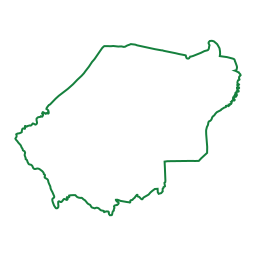 the district of Tanjung Jabung Barat, Jambi, Indonesia
{"feature_id": "22746128B97653119007289", "entity_name": "Tanjung Jabung Barat", "entity_type": "district", "adm_level": 2, "iso_a3": "IDN", "parent_name": "Indonesia", "parent_adm1": "Jambi", "projection": "orthographic", "projection_center": [103.17, -1.093], "detail": "fine", "context": "isolated", "style": "outline", "palette": "green", "viewbox_px": 256, "rotation_deg": 0, "n_neighbors": 0, "source": "geoboundaries", "source_scale": "gbopen_adm2", "svg_char_len": 5734}
<svg xmlns="http://www.w3.org/2000/svg" viewBox="0 0 256 256"><path d="M150.5,192.4L152.4,190.8L153.9,189.7L154.5,189.2L154.8,189.0L157.6,188.8L157.8,192.3L158.7,193.8L161.2,193.1L162.7,191.4L162.6,190.3L162.7,188.7L163.4,188.0L163.5,187.2L164.7,186.5L165.0,186.2L164.5,183.6L164.5,182.7L165.2,182.2L165.4,180.9L164.9,167.9L164.6,161.6L167.5,161.2L192.5,160.9L194.6,161.0L198.8,160.9L201.2,158.3L207.1,152.9L207.2,146.9L206.2,134.3L206.1,130.9L206.2,129.9L206.9,127.0L207.5,125.9L208.0,124.8L208.4,122.3L208.9,121.5L209.3,121.2L210.1,120.9L210.8,120.3L211.2,119.8L211.7,118.9L212.1,117.6L212.7,116.6L214.3,115.3L215.4,113.7L216.8,112.2L220.9,110.1L221.2,109.5L221.7,109.2L224.2,107.6L225.7,107.1L226.2,106.7L226.1,105.9L227.6,105.6L228.5,106.1L229.2,105.5L229.0,104.7L229.9,104.7L230.2,103.8L230.8,103.7L231.2,103.8L231.7,102.7L231.5,102.3L231.1,101.8L232.2,101.1L232.1,100.7L232.5,100.4L232.8,100.5L233.7,100.4L234.3,100.5L234.6,100.2L234.7,99.9L233.9,99.3L233.3,99.3L233.1,99.2L233.0,98.7L233.1,98.4L233.8,98.0L233.2,97.4L233.3,97.2L234.4,97.1L234.6,96.5L234.3,96.0L234.7,95.7L234.9,95.9L235.2,96.7L235.8,96.8L236.3,96.3L236.5,95.5L236.8,95.3L236.9,95.1L236.5,94.9L236.2,94.9L235.8,95.4L235.5,95.3L235.0,95.0L234.9,94.6L235.1,94.2L235.4,94.2L236.2,94.4L236.4,94.1L236.0,93.3L235.7,93.2L235.6,92.8L236.0,92.6L236.7,92.6L236.7,92.0L236.5,91.7L236.6,91.4L237.1,91.3L238.2,91.6L238.5,91.6L238.7,91.3L238.6,90.9L238.4,90.7L237.9,90.6L237.4,90.8L237.2,90.6L237.4,89.5L237.0,88.3L237.0,88.0L237.5,88.0L238.0,88.5L238.6,88.5L238.9,88.4L239.1,88.1L239.1,87.8L238.8,87.3L238.6,87.3L238.0,87.6L237.6,86.7L237.3,85.1L237.7,85.0L238.3,85.2L238.7,85.0L239.0,84.5L238.8,84.3L238.5,84.1L237.8,84.0L237.6,83.7L237.4,82.9L237.5,81.9L238.0,80.4L238.2,80.2L239.3,79.8L239.5,79.6L239.4,79.2L239.0,78.2L239.2,76.8L240.6,75.2L240.3,74.3L239.0,72.9L238.7,72.3L238.2,72.2L235.4,70.8L234.8,70.6L235.5,70.4L236.2,70.2L236.6,69.5L237.0,67.7L236.9,66.4L236.6,65.5L235.3,61.9L235.0,61.4L234.8,60.4L234.4,59.5L233.8,59.0L232.8,58.6L227.0,57.1L219.8,56.1L220.1,53.9L220.0,51.3L219.5,48.3L218.3,46.1L217.2,44.2L215.6,42.8L213.8,41.3L211.9,40.8L209.8,41.0L208.8,42.1L208.6,42.7L208.6,43.4L209.5,45.1L209.5,45.4L209.2,46.2L208.9,48.2L208.7,49.0L208.0,50.0L207.4,50.3L204.4,51.1L201.0,52.8L193.0,56.0L190.9,56.6L190.2,56.6L189.1,58.2L188.6,58.5L188.0,58.6L187.0,58.4L186.4,57.8L185.8,55.9L185.8,55.5L185.1,55.2L179.3,54.1L175.5,53.2L165.6,51.2L163.3,50.7L162.7,50.4L161.3,50.3L155.1,49.2L137.0,45.3L135.8,44.8L135.1,44.6L130.8,44.1L129.5,44.7L127.2,45.5L125.1,46.7L123.8,46.9L121.4,46.4L119.0,46.5L117.9,46.5L113.2,46.0L111.0,46.2L104.3,46.1L103.4,46.8L102.2,48.0L100.1,51.0L94.6,59.0L93.5,60.3L92.0,62.0L88.9,66.7L85.4,71.2L83.9,73.3L81.6,75.8L77.3,79.8L73.0,84.3L67.8,88.9L58.8,95.8L55.6,98.7L50.4,104.1L49.8,104.6L48.8,105.1L46.8,107.7L46.4,108.9L47.2,109.4L48.2,110.3L48.4,111.0L48.2,111.5L48.7,112.0L48.7,112.9L48.6,113.3L48.4,113.5L48.1,113.6L47.3,113.0L46.4,113.1L46.4,113.5L45.7,113.8L43.2,112.2L42.7,112.2L42.1,113.5L42.6,114.3L43.0,114.5L43.1,114.9L42.8,115.7L42.3,116.6L41.8,116.7L40.9,116.2L40.0,117.0L39.5,117.0L38.3,117.2L37.7,117.5L36.6,118.6L36.5,120.0L37.0,122.4L37.0,123.1L36.6,123.9L36.3,124.2L35.6,124.6L35.1,124.5L34.0,123.9L33.1,123.5L32.7,123.5L31.4,125.2L30.9,125.5L30.4,125.6L29.9,125.4L27.3,126.1L27.0,126.5L26.4,126.7L25.4,126.0L25.1,126.0L24.9,126.4L25.0,128.6L24.6,128.8L23.6,128.4L22.9,128.5L22.4,128.9L21.9,130.4L21.7,132.2L21.2,132.5L19.7,133.2L17.4,133.6L16.3,134.3L16.5,134.6L16.6,136.2L16.5,136.8L15.4,138.5L15.5,138.9L15.9,139.6L17.5,141.4L18.2,142.5L20.5,145.0L21.1,146.1L21.6,147.5L22.5,148.7L22.9,150.3L24.2,151.1L24.6,151.4L24.8,151.9L25.1,152.8L24.7,154.5L24.7,155.4L25.7,158.1L25.6,158.8L25.7,159.2L26.6,159.7L27.0,160.2L27.7,162.3L28.2,163.1L28.6,163.9L28.9,164.2L29.4,164.4L30.7,164.7L31.1,164.8L31.6,165.2L32.3,165.9L33.2,168.0L34.2,168.9L34.7,169.0L35.2,169.0L36.6,168.7L37.1,168.5L38.1,168.6L38.9,168.8L39.8,169.3L42.3,171.2L43.4,172.5L43.7,173.1L43.8,174.1L44.0,174.3L44.7,174.6L44.9,175.0L45.0,175.9L44.6,176.9L44.7,177.5L45.1,177.9L46.7,178.8L47.5,179.4L48.0,180.2L48.5,182.4L49.2,184.1L50.3,186.4L50.6,188.5L51.3,190.1L52.4,192.1L54.2,196.3L54.2,196.9L54.1,197.5L52.6,198.7L52.3,199.5L52.4,200.8L52.9,202.5L54.1,205.6L55.5,207.7L56.0,208.2L56.8,208.3L57.5,208.1L57.8,207.7L58.3,207.0L58.4,205.4L58.2,204.2L58.2,202.3L58.3,201.7L58.6,201.5L58.9,201.3L59.2,201.3L60.6,202.0L61.2,202.0L61.6,201.8L62.2,201.2L63.7,199.2L64.4,199.0L65.4,199.3L66.5,199.9L66.9,199.9L67.3,199.6L67.5,199.4L67.6,199.0L66.8,197.7L67.1,197.1L68.3,197.5L69.0,197.2L69.3,196.9L69.3,196.6L69.1,195.6L70.2,195.3L73.6,195.1L75.4,195.2L76.6,196.5L77.3,197.1L78.9,197.7L80.5,197.9L81.4,197.8L82.2,198.1L83.4,199.3L85.0,200.3L86.2,201.7L87.2,203.0L88.3,204.0L89.8,204.7L90.3,205.1L91.4,207.0L92.0,207.5L94.6,208.3L94.9,208.3L95.7,207.9L96.9,207.7L98.5,208.2L99.8,209.4L100.6,210.1L101.3,210.4L103.3,210.8L103.8,211.0L103.9,211.8L104.2,212.1L105.6,211.6L106.5,211.4L108.2,211.5L108.8,212.1L108.9,213.6L109.1,214.2L109.9,215.2L110.9,215.2L111.7,215.1L111.9,214.9L112.1,214.4L112.6,212.0L112.9,211.3L113.8,210.6L113.8,209.4L114.4,208.0L114.4,207.6L114.1,207.0L114.0,206.4L114.5,205.6L115.4,205.3L116.5,205.1L116.9,204.8L117.3,204.9L118.1,204.2L118.6,203.5L118.6,202.8L118.3,202.3L116.8,201.4L115.9,200.1L115.9,199.8L117.2,199.7L118.6,200.1L120.5,200.9L127.4,202.1L128.6,202.2L129.5,202.5L129.9,202.5L130.2,202.3L130.3,202.0L130.3,200.8L130.5,200.5L130.9,200.2L132.4,199.9L133.5,198.6L134.6,197.8L135.6,196.3L136.8,194.9L137.2,194.8L137.4,194.9L137.3,195.8L137.5,196.2L137.9,196.5L139.2,196.9L140.9,198.7L141.6,199.2L142.0,199.3L142.3,199.2L142.7,198.8L143.2,197.9L143.9,197.3L148.6,194.6L150.5,192.4Z" fill="none" stroke="#15803d" stroke-width="2"/></svg>